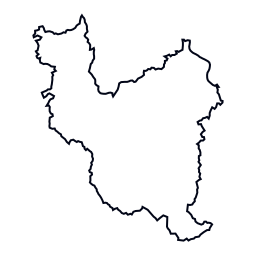 outline of Esmeralda, Rio Grande do Sul, Brazil
{"feature_id": "56859067B97850438953486", "entity_name": "Esmeralda", "entity_type": "district", "adm_level": 2, "iso_a3": "BRA", "parent_name": "Brazil", "parent_adm1": "Rio Grande do Sul", "projection": "robinson", "projection_center": [-51.184, -28.039], "detail": "fine", "context": "isolated", "style": "outline", "palette": "ink", "viewbox_px": 256, "rotation_deg": 0, "n_neighbors": 0, "source": "geoboundaries", "source_scale": "gbopen_adm2", "svg_char_len": 4735}
<svg xmlns="http://www.w3.org/2000/svg" viewBox="0 0 256 256"><path d="M189.8,40.6L187.7,40.2L185.1,41.1L184.0,39.7L182.4,39.7L182.9,42.4L182.9,45.4L182.7,47.6L182.5,49.8L180.3,50.9L178.7,51.9L177.2,51.1L175.8,51.3L176.8,53.6L174.5,55.0L172.1,55.0L170.7,56.3L169.2,54.6L166.9,55.8L164.6,56.4L166.0,57.5L167.5,58.6L166.7,60.4L164.9,60.9L164.9,63.1L164.0,64.4L163.9,66.9L161.5,69.1L158.2,68.6L155.5,69.5L153.9,67.9L151.5,67.7L150.4,69.3L148.2,69.0L147.1,70.2L145.7,70.9L144.0,70.8L143.7,72.6L144.0,74.9L141.6,76.9L139.9,77.7L138.0,78.6L136.9,80.1L135.6,81.7L134.1,82.0L132.4,80.5L130.6,80.6L129.1,81.3L127.1,81.9L124.2,81.9L121.2,82.1L119.2,83.4L118.6,86.6L117.7,89.6L113.1,96.5L112.5,95.0L112.4,93.2L110.6,92.6L108.8,92.8L105.8,93.8L103.9,93.8L102.1,93.6L100.4,93.2L98.7,91.4L98.2,89.5L98.5,86.4L96.4,85.1L95.2,83.7L95.3,81.0L95.1,79.4L93.2,76.9L91.8,74.6L90.1,72.8L88.9,71.6L89.9,68.2L90.3,66.2L90.8,64.0L92.2,62.6L92.7,60.6L94.1,58.7L94.1,56.1L93.8,54.3L93.8,51.8L94.2,49.9L93.8,48.1L91.5,49.5L89.9,49.8L90.1,47.7L90.2,45.0L89.2,43.3L87.6,41.9L88.2,39.8L87.3,38.4L85.8,37.4L84.6,35.8L85.6,33.6L87.5,31.7L86.9,28.9L86.9,26.2L86.3,24.4L84.9,22.2L84.7,19.8L84.0,18.1L82.8,16.9L81.9,15.4L81.0,16.8L80.6,18.4L80.0,20.9L79.7,23.6L78.2,24.4L76.6,25.6L75.3,27.8L73.2,29.2L71.3,30.0L69.7,30.2L67.8,29.9L66.4,30.5L65.5,32.7L63.5,32.3L61.5,33.5L60.2,33.8L57.9,34.3L55.8,33.4L54.3,33.9L52.6,32.2L51.2,31.8L49.8,31.3L47.9,31.4L45.4,32.0L44.3,30.0L43.8,28.1L42.6,26.2L39.1,27.0L39.1,29.5L37.3,30.3L35.1,30.7L35.2,33.6L33.4,35.4L33.8,37.3L37.5,35.5L41.4,37.3L39.8,39.7L35.9,40.7L37.5,42.9L38.6,45.7L37.6,50.3L35.9,51.3L36.7,52.7L38.5,54.2L36.5,56.1L37.2,57.8L38.5,58.5L40.2,57.9L39.8,59.8L40.3,62.5L43.7,64.1L45.0,63.8L47.4,64.0L49.4,65.0L51.2,66.4L54.9,66.8L54.3,69.3L55.8,70.9L51.9,72.7L53.2,75.1L52.3,76.7L52.4,79.5L51.8,84.4L51.3,86.6L51.3,88.3L50.1,89.3L47.9,89.4L46.7,90.5L41.8,92.6L42.8,95.3L43.9,97.7L46.3,96.2L47.9,94.1L49.4,93.4L54.0,96.0L53.1,98.3L50.5,99.3L49.3,100.9L48.4,102.9L46.6,105.8L48.8,105.5L49.8,107.0L49.6,108.8L49.7,111.3L50.8,113.5L52.5,114.2L52.8,116.1L51.4,116.9L49.8,117.6L49.6,119.6L49.4,121.7L49.7,123.7L49.4,126.1L49.7,127.7L52.3,128.8L54.7,128.5L55.6,130.5L57.1,131.5L59.1,133.3L60.9,134.3L61.4,136.3L63.2,137.7L65.1,139.2L66.8,141.9L69.0,143.8L69.6,142.1L70.8,140.3L73.3,139.7L75.1,141.0L76.8,142.0L78.1,141.1L79.7,141.8L81.7,142.2L82.4,144.2L82.9,146.1L84.4,146.9L84.6,148.7L85.9,150.1L87.2,148.8L88.6,150.0L89.7,151.0L91.2,152.0L92.3,154.1L92.1,156.5L93.0,158.8L92.7,160.8L91.2,162.9L91.9,164.6L90.9,166.6L90.6,168.9L89.2,170.5L89.8,172.1L91.7,172.8L92.0,174.6L90.3,176.2L90.4,178.7L90.4,180.7L89.9,182.4L91.0,183.6L92.8,185.0L94.4,185.6L95.3,187.4L96.7,189.3L96.8,190.9L97.8,192.6L98.5,194.1L99.8,195.7L101.1,197.7L102.5,200.5L103.4,203.0L105.4,202.7L106.9,203.0L108.0,204.3L109.4,205.0L110.0,206.6L112.5,208.1L113.0,210.0L114.7,208.9L117.2,208.1L118.2,209.7L120.1,211.0L121.8,213.0L123.8,213.8L126.1,212.9L127.9,214.7L130.5,213.8L131.8,214.5L133.4,211.8L135.6,211.0L139.9,210.7L142.1,208.5L142.5,206.9L146.3,209.0L147.7,209.8L153.6,216.6L155.5,218.1L157.2,220.4L160.2,217.8L163.3,215.4L167.3,217.0L167.0,226.7L167.8,228.4L169.5,230.3L170.8,233.7L175.5,233.6L178.4,238.0L178.1,239.9L183.6,240.6L186.7,238.6L188.5,240.5L190.8,239.2L193.9,238.6L195.3,237.2L199.0,236.6L200.5,234.6L203.8,232.1L207.0,230.1L209.3,230.0L209.8,228.0L210.9,226.3L212.1,224.4L210.6,223.1L208.7,222.7L207.3,222.9L206.0,221.6L204.3,221.7L203.1,223.9L201.3,224.6L197.6,223.2L195.5,221.5L195.0,219.0L192.8,218.2L191.2,214.8L188.5,212.0L187.1,211.3L187.9,204.7L190.1,205.0L192.3,204.5L193.2,203.0L194.8,201.3L194.6,199.1L195.7,197.6L196.5,195.2L197.3,192.7L197.1,189.5L197.9,187.9L196.4,182.0L199.0,179.9L200.7,179.1L199.4,176.8L200.2,173.6L199.0,172.0L199.2,170.0L198.6,168.3L200.8,165.0L198.5,161.8L199.3,160.3L198.8,158.2L198.9,156.0L200.4,155.3L200.4,152.4L199.7,149.9L198.7,148.5L198.8,145.3L197.1,144.0L199.0,142.6L200.7,140.6L203.1,140.5L204.4,139.3L204.0,137.1L202.3,137.0L200.9,134.2L202.7,131.9L204.6,130.6L201.8,126.2L201.0,124.1L198.5,124.4L197.6,122.0L199.8,120.6L201.5,120.3L203.1,118.2L204.9,117.9L207.1,116.9L208.7,118.6L209.7,115.7L209.7,113.0L210.6,110.6L212.2,107.3L214.6,108.9L216.1,107.1L217.2,103.4L219.0,103.4L220.3,104.8L222.5,102.6L222.6,101.0L220.8,100.5L218.9,94.3L217.4,92.5L217.8,89.7L216.8,87.0L218.6,86.9L217.0,84.6L214.9,85.8L212.8,84.9L211.1,83.4L209.8,82.3L208.4,81.0L207.6,79.6L207.2,77.8L207.1,74.9L207.5,72.6L208.6,70.8L209.4,69.0L209.8,66.9L210.0,64.7L209.3,62.5L208.0,61.3L206.6,60.5L204.6,59.4L202.4,58.4L201.0,57.6L199.7,57.0L198.3,55.7L196.0,54.3L194.1,53.4L192.8,52.7L191.5,51.6L190.4,50.5L189.5,48.8L189.2,46.5L189.6,44.3L189.9,42.2L189.8,40.6Z" fill="none" stroke="#020617" stroke-width="2"/></svg>